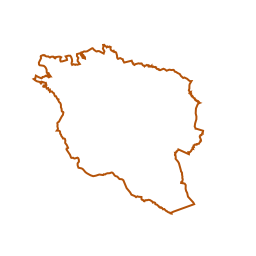 outline of Ban Bueng, Chon Buri, Thailand, rotated 343°
{"feature_id": "78962969B10446742029293", "entity_name": "Ban Bueng", "entity_type": "district", "adm_level": 2, "iso_a3": "THA", "parent_name": "Thailand", "parent_adm1": "Chon Buri", "projection": "natural_earth1", "projection_center": [101.2, 13.24], "detail": "fine", "context": "isolated", "style": "outline", "palette": "amber", "viewbox_px": 256, "rotation_deg": 343, "n_neighbors": 0, "source": "geoboundaries", "source_scale": "gbopen_adm2", "svg_char_len": 5717}
<svg xmlns="http://www.w3.org/2000/svg" viewBox="0 0 256 256"><g transform="rotate(343 128 128)"><path d="M104.3,42.5L100.8,42.4L100.2,44.3L101.0,46.5L99.8,48.0L99.4,49.3L100.6,52.7L98.1,52.7L96.8,52.0L96.0,52.2L94.7,51.1L93.1,51.3L93.1,50.7L92.8,50.1L93.5,48.5L94.1,47.9L94.5,46.0L94.4,43.5L93.9,42.0L92.1,41.4L89.3,41.3L89.8,43.3L89.6,45.1L84.8,45.1L83.1,44.7L83.0,43.4L83.7,41.6L84.8,40.8L84.0,40.0L82.6,39.5L79.8,39.1L79.5,39.6L78.7,40.1L78.2,39.7L78.1,38.6L77.4,38.3L77.2,37.8L75.3,37.4L74.0,37.8L72.6,36.2L71.3,35.9L70.1,35.1L69.6,34.0L68.9,34.1L68.2,33.4L65.7,33.7L65.4,34.1L65.3,35.8L61.9,39.4L61.5,41.1L61.8,42.1L65.6,43.9L66.6,45.4L67.0,46.7L67.2,48.4L66.5,51.3L67.0,52.3L67.8,52.1L68.2,52.5L68.1,53.1L69.1,56.0L68.3,55.7L67.9,56.3L67.0,56.4L66.7,56.0L66.8,55.6L67.0,55.6L66.7,54.1L66.5,54.3L66.1,54.1L65.7,54.1L65.5,54.7L64.7,54.4L64.6,54.0L62.6,54.5L61.2,54.2L60.7,54.9L59.8,55.2L57.0,52.9L55.2,51.0L53.6,53.9L53.2,53.5L52.1,53.6L53.4,55.5L54.7,56.8L57.3,58.3L57.6,60.0L57.9,60.1L58.2,59.8L58.4,58.9L58.8,58.4L60.1,59.2L60.2,59.6L61.4,60.1L62.1,60.7L62.2,61.2L62.6,61.1L62.5,63.0L59.8,62.7L59.5,63.6L59.1,63.6L59.1,63.8L59.9,64.2L61.1,64.1L61.4,64.4L61.7,64.2L61.8,66.5L63.3,66.5L63.2,68.6L64.5,68.5L64.0,70.6L64.9,70.5L65.9,70.8L66.4,72.1L67.3,73.1L67.3,75.4L67.8,77.0L67.6,77.2L68.4,76.8L68.5,77.1L68.8,79.2L69.6,80.0L69.2,80.1L69.8,83.3L70.4,84.0L70.6,84.8L70.6,86.3L69.9,88.6L70.1,90.2L69.6,92.3L69.7,92.9L70.6,93.6L70.8,94.1L69.6,96.4L68.0,97.6L63.8,101.8L62.4,102.2L61.8,102.7L61.6,104.5L61.0,105.5L60.8,108.2L60.4,108.8L59.2,109.7L60.9,110.2L61.8,111.1L61.9,111.7L61.5,113.7L62.0,114.8L61.9,115.9L62.1,116.7L62.7,118.0L62.7,119.0L64.2,119.6L64.5,120.1L64.4,121.7L63.7,123.4L63.6,124.2L64.4,126.1L64.9,129.5L64.3,129.8L63.3,129.7L62.9,130.6L64.7,136.6L64.9,139.7L65.5,140.2L66.8,140.4L67.4,141.2L68.1,141.6L71.0,141.6L71.6,142.3L71.7,144.0L71.2,145.9L69.7,146.9L69.3,147.5L68.9,149.2L69.0,151.5L71.9,153.1L72.9,154.3L74.4,157.8L75.6,159.4L78.4,162.3L80.6,163.9L83.3,164.2L86.9,164.1L90.4,165.7L90.8,165.7L91.2,165.2L92.7,165.7L93.7,165.3L95.2,165.3L97.3,165.9L99.1,165.7L100.1,166.2L100.7,167.4L101.3,169.4L102.0,170.3L103.6,171.4L104.9,174.3L106.9,175.1L107.6,175.6L108.3,176.7L109.1,185.1L111.2,190.1L111.8,192.8L114.6,195.1L115.5,196.5L117.0,196.1L117.9,196.8L120.7,197.9L120.1,200.0L120.4,200.7L121.4,201.4L121.8,202.6L122.4,202.9L123.1,202.2L124.2,202.2L124.8,202.6L126.8,202.7L128.1,203.5L129.8,205.5L129.9,206.6L131.0,206.6L131.9,207.3L132.1,207.7L131.9,208.9L133.5,210.0L133.8,210.9L134.4,211.4L134.5,212.3L135.1,213.3L135.3,213.4L135.6,213.1L136.4,213.5L136.4,214.1L137.2,214.4L137.7,216.0L139.0,216.1L140.1,218.3L140.9,218.9L141.2,219.6L142.3,220.7L143.1,221.0L143.5,221.9L143.8,221.8L144.7,222.6L145.0,221.6L147.1,221.3L169.0,220.2L168.7,218.4L165.3,211.2L165.6,207.3L165.2,205.3L165.3,203.0L166.5,199.5L165.9,197.7L162.7,196.1L163.1,195.3L164.2,195.4L164.2,194.8L165.2,193.5L165.4,192.5L165.3,191.7L165.9,190.2L165.9,189.2L166.2,188.1L166.1,187.8L166.5,187.0L166.5,186.1L166.0,185.2L166.2,184.0L166.4,176.6L166.0,174.8L164.5,171.3L165.1,170.0L165.4,168.0L165.0,167.7L165.2,166.9L165.8,166.3L165.8,165.8L166.1,166.0L166.4,165.4L166.9,165.3L167.3,164.8L167.6,164.9L168.5,164.1L169.8,163.8L170.0,163.3L178.6,170.9L178.8,170.5L178.7,168.8L179.1,168.9L179.3,169.3L179.9,169.3L181.6,168.5L182.3,167.6L183.3,167.2L183.5,166.7L183.7,166.8L183.6,166.5L183.8,166.1L184.3,166.4L184.8,165.0L185.2,164.6L185.4,164.8L185.4,164.5L185.5,164.3L185.7,164.5L186.0,163.9L187.2,163.4L187.8,163.7L188.2,163.6L188.2,163.9L188.5,164.0L188.9,164.0L189.0,163.7L189.5,163.5L191.2,163.8L192.4,162.6L193.0,162.5L193.5,161.4L194.1,161.5L194.3,160.4L194.0,157.6L194.2,156.9L194.5,156.6L195.9,156.3L195.8,156.0L196.4,156.0L197.5,154.7L197.8,154.9L197.8,154.3L198.5,153.8L199.0,152.6L193.5,148.9L192.4,148.4L192.5,147.8L192.2,146.1L193.5,143.3L195.9,139.7L196.8,137.0L197.0,133.8L198.7,129.2L201.6,125.7L202.8,125.1L203.9,125.0L203.5,124.7L203.6,124.1L203.3,123.6L202.6,123.4L202.8,122.8L201.9,122.5L201.9,122.2L201.6,122.2L200.9,121.5L200.4,120.6L200.8,120.4L200.4,119.8L200.5,119.2L199.4,118.2L199.0,116.4L198.4,116.6L198.2,116.4L198.3,115.2L197.9,114.7L198.4,113.6L197.8,113.4L198.2,112.9L198.0,112.7L198.2,112.4L197.9,112.5L197.8,112.2L197.6,112.2L197.8,112.0L197.4,112.0L197.6,111.3L197.4,111.2L197.5,110.6L197.2,109.7L198.2,108.3L199.2,105.2L199.8,104.1L202.4,101.7L201.1,101.4L200.0,100.1L199.0,98.3L196.7,96.2L195.4,96.3L193.8,93.6L193.3,91.6L191.3,89.7L190.6,88.7L189.2,87.7L188.9,86.2L188.3,85.6L186.5,85.3L184.6,84.3L181.7,84.5L180.4,82.7L179.2,81.7L175.7,82.1L174.8,81.7L174.7,81.1L174.3,80.9L174.4,80.6L172.8,79.8L172.4,78.5L172.2,78.4L172.1,78.0L172.3,77.9L172.0,77.6L171.3,77.6L170.2,76.7L170.0,76.8L169.8,76.4L169.1,76.3L168.9,76.5L168.6,76.0L168.7,75.5L168.1,75.9L167.2,75.8L167.2,75.5L166.8,75.4L166.9,74.9L166.4,74.4L165.9,74.1L165.7,74.3L165.7,73.9L165.0,73.8L164.5,73.2L162.7,73.6L162.1,73.3L161.7,73.7L161.5,73.2L160.5,72.3L159.9,70.3L159.2,70.0L158.4,70.1L157.2,69.3L155.9,69.2L153.9,69.1L152.6,69.6L151.7,68.6L152.0,67.7L151.4,67.2L151.2,64.7L143.5,64.3L143.0,62.1L143.1,60.7L142.4,60.3L141.2,59.0L140.0,58.8L138.7,59.0L138.4,58.5L138.2,57.6L138.7,55.3L138.7,52.3L137.9,51.5L137.1,51.4L136.9,50.0L136.1,50.3L135.9,49.9L134.9,49.2L134.4,48.0L134.6,46.0L135.1,45.6L134.2,44.7L132.7,44.8L132.2,44.1L131.2,44.6L131.0,43.8L129.9,42.5L129.6,41.5L128.5,41.3L128.3,43.0L127.2,44.8L127.9,47.7L126.5,49.7L122.9,46.1L121.7,45.6L120.5,45.7L120.0,45.4L118.5,43.5L117.5,41.4L116.8,41.3L111.4,42.7L109.7,42.5L108.4,41.9L107.2,42.2L105.7,42.1L105.8,44.2L106.6,45.2L106.8,46.5L107.5,47.7L107.2,49.0L106.6,48.5L105.1,47.7L105.0,46.0L104.4,44.8L104.3,42.5Z" fill="none" stroke="#b45309" stroke-width="2"/></g></svg>